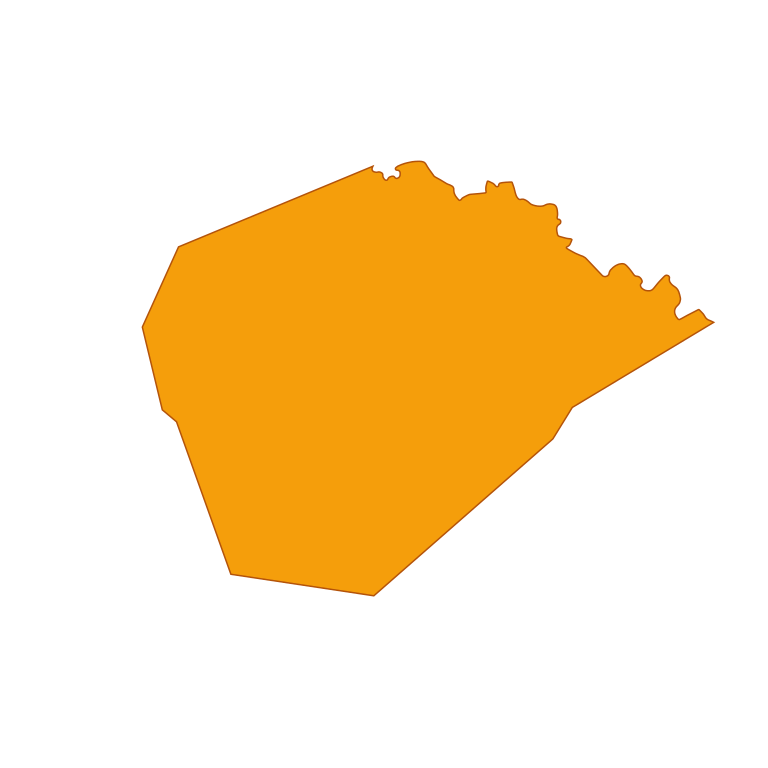 the district of Candelaria, Lempira, Honduras, rotated 302°
{"feature_id": "27666195B3501505273689", "entity_name": "Candelaria", "entity_type": "district", "adm_level": 2, "iso_a3": "HND", "parent_name": "Honduras", "parent_adm1": "Lempira", "projection": "orthographic", "projection_center": [-88.523, 14.054], "detail": "fine", "context": "isolated", "style": "filled", "palette": "amber", "viewbox_px": 768, "rotation_deg": 302, "n_neighbors": 0, "source": "geoboundaries", "source_scale": "gbopen_adm2", "svg_char_len": 6147}
<svg xmlns="http://www.w3.org/2000/svg" viewBox="0 0 768 768"><g transform="rotate(302 384 384)"><path d="M199.0,487.6L426.9,556.3L463.9,556.1L611.0,630.9L610.8,628.7L610.4,626.1L610.2,625.2L610.2,623.9L610.3,622.9L610.5,622.2L610.7,621.5L610.9,621.1L611.7,619.5L612.2,618.5L612.6,617.5L612.9,616.4L613.4,614.5L613.7,613.2L614.0,611.8L613.9,611.5L613.7,611.3L613.5,611.1L608.1,607.9L602.9,604.8L597.3,601.7L595.5,600.6L595.1,600.2L595.0,599.9L594.9,599.5L594.9,598.9L595.3,597.8L595.8,596.4L596.4,595.3L597.1,594.3L597.7,593.5L598.4,592.8L599.1,592.3L600.0,591.7L601.0,591.3L601.7,591.1L602.5,591.0L603.3,590.9L604.6,591.0L606.3,591.4L607.6,591.6L608.9,591.7L610.2,591.5L611.2,591.2L612.0,590.9L612.6,590.7L613.3,590.3L614.0,589.8L614.9,588.9L616.4,587.4L618.3,585.2L619.0,584.1L619.7,582.9L620.1,581.7L620.4,580.5L620.5,579.4L620.6,577.3L620.8,575.7L621.2,574.2L621.8,572.8L622.1,572.2L622.5,571.7L622.9,571.3L623.4,570.9L624.2,570.3L625.4,569.8L625.9,569.4L626.2,568.8L626.4,568.4L626.5,567.9L626.4,567.3L626.2,566.5L626.0,566.0L625.7,565.7L625.4,565.4L625.2,565.2L624.5,564.9L623.1,564.5L618.9,563.6L615.8,563.0L613.7,562.7L608.7,562.1L606.6,561.7L606.1,561.5L605.5,561.2L604.7,560.7L604.2,560.3L603.8,559.8L603.2,558.9L602.7,558.0L602.3,557.1L601.9,556.1L601.8,555.3L601.7,554.4L601.7,553.3L601.8,552.3L602.0,551.4L602.3,550.7L602.8,549.9L603.3,549.4L603.9,549.0L604.4,548.8L605.0,548.8L605.5,548.8L606.1,548.9L606.8,548.9L607.4,548.7L607.9,548.5L608.3,548.1L608.9,547.3L609.3,546.6L609.6,545.9L609.8,545.2L609.9,544.6L610.0,544.1L610.0,543.4L609.9,542.7L609.7,542.2L609.5,541.6L609.1,540.8L608.9,540.3L608.8,539.6L608.8,538.8L609.0,538.3L609.3,537.4L610.5,534.5L611.2,532.6L612.0,530.3L612.5,528.5L612.9,527.0L613.1,525.5L613.1,524.7L613.0,523.9L612.7,523.2L612.4,522.5L611.8,521.6L610.9,520.6L610.3,519.9L609.3,519.1L608.1,518.3L607.4,517.9L606.0,517.2L604.1,516.5L602.4,516.1L600.7,515.7L599.5,515.7L598.5,515.8L597.5,516.1L596.6,516.4L595.9,516.6L595.2,516.5L594.5,516.4L593.9,516.1L593.3,515.6L592.8,515.2L592.3,514.7L592.0,514.1L591.7,513.3L591.6,512.8L591.6,512.2L591.7,511.4L597.3,489.7L597.5,488.8L597.7,488.0L597.7,486.7L597.7,485.5L597.6,484.7L597.1,482.4L596.7,479.8L596.3,477.2L596.1,474.5L595.9,470.5L595.8,467.6L595.9,467.0L596.0,466.7L596.3,466.4L596.5,466.3L596.9,466.3L597.3,466.4L597.9,466.9L598.4,467.1L599.2,467.4L599.9,467.6L601.0,467.7L602.5,467.5L603.9,467.3L604.9,467.1L605.9,466.9L606.0,466.8L606.1,466.6L606.1,465.8L605.9,465.1L604.9,463.1L604.2,461.4L603.2,458.2L602.6,456.2L602.2,454.8L602.0,453.9L602.0,453.4L602.2,452.8L602.4,452.3L603.2,451.5L604.6,450.1L605.7,449.2L606.8,448.4L607.6,447.9L608.2,447.7L608.7,447.5L609.2,447.4L609.8,447.4L610.5,447.4L611.1,447.5L611.6,447.7L612.8,448.2L613.3,448.3L613.6,448.4L614.1,448.4L614.6,448.2L614.9,448.1L615.4,447.8L615.7,447.6L616.1,447.1L616.3,446.6L616.4,446.2L616.5,445.7L616.4,445.3L616.0,444.5L616.0,444.1L616.0,443.7L616.3,443.2L616.6,442.8L617.2,442.5L618.9,441.8L620.0,441.2L621.3,440.3L623.1,438.9L624.4,437.7L625.1,436.8L625.7,435.9L625.9,435.5L626.0,434.9L626.2,434.2L626.2,433.7L626.1,432.9L625.9,432.1L625.6,431.4L625.3,430.6L625.0,429.9L624.5,429.0L623.6,427.9L622.8,427.0L621.7,426.2L620.6,425.5L619.9,425.0L619.2,424.4L618.5,423.6L617.8,422.7L617.1,421.5L616.3,420.1L615.7,418.6L615.2,417.2L614.8,415.9L614.6,414.8L614.4,413.8L614.4,412.9L614.5,412.0L614.9,409.6L615.0,408.3L615.0,406.8L614.8,405.3L614.6,404.5L614.3,403.8L613.7,402.9L612.8,401.9L612.6,401.6L612.4,401.2L612.2,400.5L612.2,400.1L612.3,399.6L612.5,398.9L612.7,398.4L613.1,397.4L614.0,396.0L614.7,395.2L615.7,394.0L618.9,390.7L621.0,388.2L622.8,385.9L622.9,385.6L622.9,385.3L622.8,385.1L621.9,383.7L619.6,380.4L617.5,377.7L616.0,376.1L615.6,375.8L615.3,375.7L614.6,375.6L614.1,375.6L613.8,375.7L613.1,376.0L612.9,376.1L612.3,376.1L612.1,376.0L611.7,375.8L611.4,375.6L611.3,375.3L611.1,375.0L611.0,374.6L611.0,373.9L611.1,373.4L611.5,372.5L611.7,371.8L611.8,370.7L611.9,370.0L611.7,368.2L611.5,366.3L611.2,364.8L611.1,364.6L610.8,364.3L610.6,364.3L610.1,364.4L608.3,364.9L605.6,365.8L604.4,366.4L603.2,367.1L602.3,367.7L601.0,368.8L600.8,368.9L600.5,369.0L600.2,368.9L599.8,368.7L599.3,368.1L596.2,364.2L591.4,357.8L590.4,356.5L589.9,356.0L589.4,355.6L587.8,354.5L584.4,352.5L583.7,352.2L583.1,351.9L582.6,351.8L581.4,351.7L581.0,351.6L580.6,351.4L580.3,351.2L579.9,350.9L579.7,350.6L579.7,350.4L579.7,350.0L580.3,347.8L580.7,346.8L581.2,345.4L581.6,344.6L582.1,343.8L582.9,342.6L584.0,341.5L585.0,340.7L586.4,339.8L586.9,339.4L587.1,339.1L587.4,338.6L587.7,338.1L587.8,337.7L587.9,336.9L587.8,335.4L587.7,334.3L587.3,332.5L587.1,330.9L587.0,323.6L586.7,318.2L586.7,316.8L586.8,316.3L588.4,312.4L590.0,308.4L591.1,306.0L592.3,303.7L592.8,302.7L593.1,301.9L593.2,301.3L593.3,300.5L593.2,299.9L593.0,299.1L592.6,297.9L592.1,297.0L591.6,296.0L590.6,294.5L589.3,292.6L587.6,290.4L586.6,289.3L584.0,286.6L582.0,284.7L579.3,282.5L576.8,280.8L576.1,280.3L575.3,280.0L574.6,279.7L573.7,279.4L573.4,279.4L573.1,279.4L572.8,279.5L572.5,279.7L572.3,279.9L572.1,280.2L572.0,280.5L571.9,280.9L572.0,281.2L572.1,281.5L572.4,282.1L572.6,282.5L572.8,283.2L572.8,283.6L572.7,284.1L572.6,284.6L572.3,285.0L572.0,285.5L571.4,286.0L570.6,286.4L569.9,286.9L569.3,287.1L568.8,287.2L568.2,287.3L567.7,287.3L566.9,287.1L566.1,286.7L565.4,286.2L565.1,285.9L565.0,285.6L564.8,285.1L564.7,284.5L564.8,284.0L565.1,283.3L565.2,283.0L565.2,282.5L565.2,282.1L565.1,281.8L564.9,281.4L564.3,280.6L563.8,280.1L562.8,279.3L562.5,279.1L561.9,278.8L561.4,278.7L560.8,278.6L560.4,278.6L559.5,278.7L559.0,278.7L558.7,278.6L558.5,278.4L558.0,278.0L557.9,277.8L557.7,277.3L557.7,277.1L557.7,276.7L557.9,275.6L558.4,274.6L558.8,273.8L559.3,273.2L560.0,272.6L560.8,272.1L561.3,271.7L561.5,271.3L561.7,270.9L561.8,270.5L561.8,270.0L561.8,269.5L561.7,268.8L561.6,268.3L561.4,267.8L561.0,267.1L560.8,266.8L560.1,266.1L559.7,265.7L559.4,265.1L559.1,264.4L558.8,263.6L558.6,262.7L558.6,262.2L558.7,261.6L558.9,261.1L559.2,260.6L559.6,260.2L560.2,259.8L560.7,259.6L561.2,259.4L562.1,259.3L562.8,259.2L391.4,137.1L304.2,148.9L244.6,209.7L242.0,228.1L141.5,355.0L199.0,487.6Z" fill="#f59e0b" stroke="#b45309" stroke-width="1.5"/></g></svg>